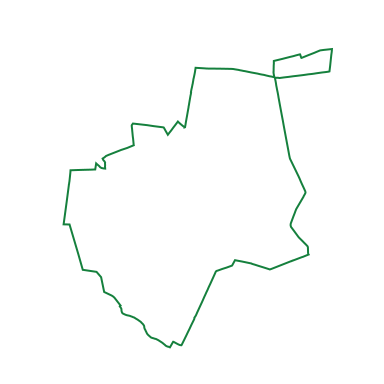 23 August, Constanta, Romania (Albers equal-area conic projection), rotated 96°
{"feature_id": "2599482B30382262964220", "entity_name": "23 August", "entity_type": "district", "adm_level": 2, "iso_a3": "ROU", "parent_name": "Romania", "parent_adm1": "Constanta", "projection": "albers", "projection_center": [28.545, 43.923], "detail": "fine", "context": "isolated", "style": "outline", "palette": "green", "viewbox_px": 384, "rotation_deg": 96, "n_neighbors": 0, "source": "geoboundaries", "source_scale": "gbopen_adm2", "svg_char_len": 5509}
<svg xmlns="http://www.w3.org/2000/svg" viewBox="0 0 384 384"><g transform="rotate(96 192 192)"><path d="M242.2,69.9L242.0,69.5L241.6,69.8L241.2,70.0L240.5,70.2L238.2,70.5L235.9,70.8L234.7,71.0L233.8,71.5L233.3,72.1L233.2,72.2L231.5,74.2L231.5,74.3L229.9,76.2L226.1,80.9L225.3,81.7L222.0,84.7L217.3,89.0L216.6,89.7L216.1,90.0L215.5,90.2L215.0,90.4L214.9,90.4L214.5,90.5L213.8,90.5L213.3,90.5L212.7,90.4L210.0,89.7L205.7,88.6L201.7,87.5L200.4,87.2L198.2,86.6L196.2,85.7L185.0,80.6L184.5,80.5L182.7,79.7L181.7,79.3L181.0,79.1L180.4,79.1L179.9,79.3L179.3,79.5L178.5,80.0L177.6,80.5L172.1,83.8L169.1,85.5L167.6,86.3L164.9,87.9L163.8,88.6L160.4,90.7L156.7,93.0L154.3,94.5L152.2,95.8L150.9,96.6L149.2,97.7L148.4,98.1L148.0,98.3L147.3,98.5L145.8,99.0L139.7,100.8L133.0,102.8L123.9,105.5L115.8,107.9L111.6,109.1L106.3,110.7L100.9,112.3L96.2,113.7L89.7,115.6L89.4,115.7L86.8,116.4L84.1,117.2L81.3,118.1L79.3,118.7L77.4,119.3L75.0,119.9L72.6,120.6L71.1,121.1L69.6,121.5L69.6,121.3L69.6,119.6L69.4,118.7L69.4,118.4L69.4,118.1L69.5,117.5L69.5,116.9L68.4,112.4L67.4,107.9L66.3,103.4L65.3,98.9L64.7,96.3L64.1,93.7L63.5,91.3L62.8,88.6L62.2,85.7L61.6,83.2L60.9,80.6L60.2,77.8L59.5,75.0L58.8,71.8L58.0,68.6L57.7,67.9L52.1,67.8L46.7,67.8L41.0,67.8L38.5,67.7L36.0,67.7L35.5,67.8L35.2,67.8L36.2,72.4L36.9,75.7L37.7,79.0L37.8,79.4L39.1,81.8L40.4,84.2L40.5,84.3L43.8,90.7L47.1,96.9L47.2,97.2L46.8,97.5L43.8,98.9L43.8,99.0L45.3,103.0L46.3,105.4L47.4,108.6L50.3,116.4L53.1,124.3L54.3,124.2L55.9,124.0L56.9,124.0L58.4,123.9L59.4,123.8L60.9,123.7L61.8,123.6L63.2,123.5L64.0,123.5L64.1,123.4L64.9,123.4L65.6,123.2L67.0,122.8L69.0,122.2L69.1,122.3L69.2,122.6L68.9,124.8L68.8,127.0L68.6,128.4L68.4,130.2L68.1,132.0L68.1,132.4L68.0,132.7L67.9,134.8L67.7,137.0L67.4,139.1L66.9,145.8L66.7,147.7L66.7,147.8L66.5,149.8L66.3,151.7L66.2,153.6L66.0,155.5L65.9,157.0L65.7,158.5L65.6,160.4L65.5,162.2L65.4,163.4L65.4,164.6L65.4,164.8L65.5,166.5L65.7,168.1L65.7,168.7L65.8,169.9L65.9,170.9L66.0,172.1L66.1,173.3L66.3,175.5L66.5,178.0L67.0,183.0L67.1,184.0L67.2,185.1L67.4,187.2L67.5,188.2L67.6,189.3L67.7,191.0L67.7,191.8L68.1,201.4L68.4,201.4L70.0,201.5L72.2,201.6L73.6,201.7L74.7,201.8L75.7,201.9L78.5,202.2L79.1,202.3L80.1,202.4L80.8,202.4L82.2,202.5L83.5,202.6L84.1,202.6L85.4,202.8L85.7,202.8L87.8,203.0L90.2,203.3L93.0,203.5L93.2,203.3L94.9,203.4L96.8,203.6L104.6,204.1L105.3,204.1L107.2,204.3L108.3,204.3L111.0,204.5L116.7,204.9L120.7,205.2L120.8,205.2L122.1,205.3L123.5,205.4L125.6,205.5L128.3,205.7L128.5,206.1L128.4,206.1L128.1,206.6L128.0,206.8L127.0,208.4L125.6,210.5L125.2,211.0L125.1,211.3L124.7,211.7L124.6,211.9L124.0,212.7L123.4,213.4L125.6,214.7L127.9,216.1L130.0,217.4L132.6,218.9L133.9,219.7L135.1,220.5L137.6,222.0L134.0,224.6L131.4,226.4L130.8,226.9L130.8,227.0L130.7,227.4L130.6,232.3L130.5,236.9L130.5,237.1L130.2,243.6L130.2,244.0L130.1,257.9L130.3,258.0L130.5,258.1L130.9,258.3L131.3,258.6L131.7,258.8L132.0,258.9L132.3,258.9L133.8,258.6L134.6,258.4L136.0,258.1L138.1,257.7L138.5,257.6L142.0,256.9L143.8,256.5L144.9,256.2L151.3,254.9L151.6,254.8L151.8,255.2L154.5,260.2L154.8,260.7L157.3,266.2L157.3,266.3L159.8,271.1L162.7,276.7L163.5,278.2L163.5,278.3L165.2,281.3L165.8,281.8L166.9,282.9L168.1,284.4L169.3,283.7L170.2,282.8L170.7,282.2L171.8,281.5L172.9,281.5L174.4,281.2L175.7,281.2L176.6,281.0L177.8,280.8L177.8,282.5L177.6,284.5L176.9,286.0L176.0,286.9L174.0,289.8L173.6,290.3L179.7,290.6L180.3,294.6L180.5,296.1L181.2,301.4L182.1,308.1L183.1,315.1L185.3,315.0L186.5,315.0L187.6,315.0L188.7,315.0L189.3,315.0L190.9,315.0L194.2,315.0L195.8,315.1L196.4,315.1L197.0,315.1L197.3,315.2L197.6,315.2L197.8,315.2L198.1,315.2L198.4,315.2L198.6,315.2L214.4,315.6L237.6,316.3L237.1,310.4L265.6,298.6L280.8,292.5L281.4,278.6L286.2,273.5L300.6,268.9L303.4,261.0L304.3,259.3L305.3,258.0L312.4,251.2L312.9,251.7L313.2,251.9L313.9,251.3L314.7,250.6L315.4,250.1L316.2,249.9L316.9,249.8L317.8,249.6L319.0,249.1L319.8,248.5L320.1,248.0L320.3,247.4L320.7,246.4L321.1,245.0L321.2,244.6L321.3,244.2L321.5,242.6L321.5,242.3L321.6,241.5L321.7,240.8L322.0,239.8L322.3,238.5L322.7,237.3L322.9,236.3L323.1,235.9L323.5,235.2L323.8,234.6L324.0,234.1L324.7,232.6L325.9,230.5L326.1,230.1L326.5,229.4L327.5,228.3L328.4,227.1L329.0,226.6L329.7,225.9L330.5,225.5L331.3,225.4L332.0,225.2L333.0,224.8L333.9,224.1L334.7,223.7L335.0,223.5L335.9,222.9L337.1,222.2L337.9,221.6L338.8,220.6L339.6,219.5L340.3,218.5L341.0,217.5L341.2,216.7L341.4,215.8L341.5,214.9L341.7,214.2L341.8,213.8L341.9,212.6L342.3,211.5L343.0,209.7L343.3,209.2L344.0,207.8L344.6,206.6L345.2,205.5L346.1,204.2L346.6,203.4L346.9,202.9L347.4,202.4L347.6,202.1L347.9,201.2L348.1,200.8L348.3,200.3L348.3,199.7L348.4,198.9L348.6,198.4L348.7,198.2L348.8,197.7L342.9,195.1L342.9,194.8L343.0,194.5L344.3,191.4L344.9,189.9L345.4,188.4L345.5,187.7L345.5,186.5L344.9,186.2L338.7,183.9L338.1,183.7L335.7,182.8L332.0,181.5L330.1,180.8L328.5,180.2L324.4,178.8L319.0,176.8L317.7,176.4L316.8,176.5L315.0,175.5L314.7,175.4L314.0,175.1L311.8,174.4L311.7,174.4L309.4,173.6L307.3,172.9L300.3,170.5L295.0,168.8L292.4,167.9L290.5,167.3L287.7,166.3L285.1,165.5L281.1,164.1L278.1,163.1L274.5,161.9L272.1,161.1L268.7,160.0L268.3,159.7L267.9,159.3L267.7,158.7L266.9,157.0L265.3,153.7L263.6,149.8L261.6,145.7L261.0,144.5L260.4,144.2L255.3,142.1L255.5,140.2L255.9,135.1L256.9,125.3L257.2,124.8L257.7,122.0L258.5,118.2L259.6,112.6L260.7,107.3L260.8,106.8L260.9,106.5L260.1,104.8L259.8,104.2L257.3,99.4L249.9,85.2L250.0,85.2L245.3,75.9L245.0,75.1L242.2,69.9Z" fill="none" stroke="#15803d" stroke-width="2"/></g></svg>